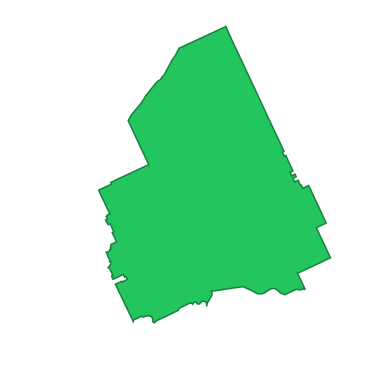 the district of Serpentine-Jarrahdale, Western Australia, Australia, rotated 245°
{"feature_id": "25037944B73163589668910", "entity_name": "Serpentine-Jarrahdale", "entity_type": "district", "adm_level": 2, "iso_a3": "AUS", "parent_name": "Australia", "parent_adm1": "Western Australia", "projection": "orthographic", "projection_center": [115.997, -32.325], "detail": "fine", "context": "isolated", "style": "filled", "palette": "green", "viewbox_px": 384, "rotation_deg": 245, "n_neighbors": 0, "source": "geoboundaries", "source_scale": "gbopen_adm2", "svg_char_len": 4805}
<svg xmlns="http://www.w3.org/2000/svg" viewBox="0 0 384 384"><g transform="rotate(245 192 192)"><path d="M99.4,84.0L100.7,85.3L100.7,86.9L100.7,87.5L100.7,88.1L100.8,92.2L100.8,93.6L99.4,94.4L99.4,94.5L98.8,98.0L98.8,98.4L98.8,98.5L98.5,99.6L98.5,99.8L98.5,100.0L98.5,100.4L98.4,100.5L98.1,100.6L97.9,100.7L97.7,100.8L97.1,101.7L95.8,102.6L95.7,102.6L94.6,102.7L93.7,102.7L92.8,102.4L91.1,101.8L90.4,101.8L90.2,101.8L89.9,101.9L89.8,102.0L89.4,102.4L89.7,103.5L90.3,105.4L90.3,105.5L90.3,106.2L90.3,110.3L90.3,111.0L90.3,112.4L90.3,113.0L90.3,115.7L90.3,115.9L90.4,119.0L90.4,119.7L90.4,120.4L90.4,120.7L90.4,121.1L90.4,121.8L90.4,122.5L90.4,123.8L90.5,123.8L90.5,126.1L90.5,129.3L90.5,129.5L90.7,129.8L91.8,131.0L92.0,131.3L92.1,132.2L92.1,132.3L92.1,132.5L92.1,136.6L92.2,140.3L92.2,142.8L92.1,143.1L91.3,144.8L90.0,145.1L90.5,146.0L91.2,147.5L91.3,147.6L91.4,147.8L91.3,148.0L91.2,148.3L90.8,148.9L90.7,149.0L90.4,149.1L88.7,149.4L88.4,149.5L88.2,149.6L87.4,151.0L87.4,151.3L87.4,151.5L87.5,151.7L88.8,155.1L88.8,155.3L87.6,156.8L86.1,158.6L85.9,158.4L85.0,158.2L84.3,157.8L82.8,157.2L82.8,157.4L83.6,157.8L84.4,158.5L85.6,160.1L89.1,165.1L89.8,166.0L90.2,166.3L90.3,166.5L90.6,166.8L91.6,167.2L93.3,167.7L93.8,167.6L93.8,167.8L90.1,180.1L87.5,188.9L85.0,197.2L84.7,197.9L84.7,198.1L84.4,198.4L83.9,198.8L77.4,204.5L75.5,205.8L72.0,208.4L70.4,211.7L70.1,213.0L69.9,214.2L70.0,215.2L70.9,221.3L70.2,225.1L69.6,225.9L68.7,226.7L66.8,228.2L64.7,228.6L63.3,229.3L62.0,230.5L60.3,232.0L59.7,232.8L59.7,238.7L59.7,245.3L58.6,247.0L57.4,248.8L57.3,251.9L57.2,251.9L56.2,252.7L56.3,253.4L69.3,253.4L69.5,253.3L69.9,253.3L73.7,253.2L73.7,254.6L73.7,268.1L73.7,271.4L73.7,271.8L73.7,281.4L73.7,281.9L73.8,284.0L73.8,289.7L85.6,289.7L98.8,289.6L107.1,289.6L107.1,300.5L120.6,300.5L134.1,300.5L134.3,300.5L139.7,300.5L141.7,300.5L145.8,300.5L148.6,300.5L148.5,294.0L150.2,294.0L152.0,294.0L152.1,293.1L157.8,293.1L157.8,289.3L161.8,289.3L161.8,292.9L164.6,293.0L164.6,289.2L168.3,289.2L168.3,292.4L176.8,292.4L178.5,292.4L180.2,292.4L180.4,292.4L185.4,292.5L185.4,290.7L189.8,290.7L189.8,292.5L204.8,292.6L217.4,292.5L233.5,292.5L258.6,292.5L259.8,292.5L312.4,292.4L327.7,292.6L327.7,285.0L327.8,241.1L327.5,240.7L327.3,240.5L327.1,240.3L326.9,240.1L326.6,239.8L326.5,239.6L324.7,237.0L324.5,236.8L323.2,235.3L323.0,235.0L322.8,234.8L322.7,234.5L322.5,234.3L322.4,234.2L322.3,233.9L321.6,232.4L321.5,232.2L321.4,231.9L321.3,231.7L321.0,231.3L319.4,228.9L318.4,227.6L316.6,225.2L314.7,222.6L313.4,220.9L312.5,219.6L311.8,218.7L311.5,218.4L310.2,216.6L310.1,216.3L309.9,216.1L309.7,215.8L309.3,214.7L308.5,212.9L307.6,211.6L307.4,211.3L307.3,211.0L307.2,210.9L307.2,210.7L307.0,208.9L306.5,206.9L306.5,206.6L306.4,206.4L306.3,206.1L306.2,205.8L306.1,205.6L304.8,202.9L304.2,201.8L303.2,199.7L300.3,193.9L299.0,191.2L298.3,189.9L297.2,188.5L296.0,186.7L295.8,186.5L295.6,186.2L295.4,185.8L294.8,184.6L294.7,184.5L293.9,183.0L293.7,182.5L293.6,182.4L293.5,182.2L293.3,181.8L293.2,181.6L293.1,181.3L292.9,181.0L292.6,180.4L292.3,179.8L292.0,179.2L290.9,176.9L290.3,175.6L289.1,173.1L288.4,171.6L287.9,170.6L287.8,170.4L287.7,170.1L287.6,169.9L287.5,169.7L287.4,169.5L287.3,169.3L287.1,169.2L284.9,166.0L284.3,165.3L283.7,164.5L283.6,164.3L243.7,164.3L235.2,164.4L235.1,162.6L235.1,131.9L235.0,122.4L233.1,122.4L233.2,108.2L227.8,108.2L220.8,108.2L219.7,108.2L212.1,108.2L206.9,108.2L206.4,108.2L206.4,107.7L206.9,107.0L206.8,106.0L206.8,105.2L206.2,104.9L206.2,104.3L206.0,103.9L203.1,103.9L203.1,101.8L200.9,101.8L200.9,102.3L197.8,102.3L197.8,104.4L195.8,104.4L189.0,104.4L189.0,102.6L184.5,102.6L178.7,102.6L178.7,98.2L178.7,96.2L178.4,96.2L178.1,96.3L177.8,96.3L177.7,96.3L177.6,96.1L177.4,95.9L177.2,95.4L177.1,95.2L176.9,95.2L176.5,94.9L176.3,94.8L175.9,94.7L175.7,94.7L175.5,94.8L175.3,94.9L175.1,94.8L175.0,94.7L174.8,94.4L174.7,94.2L174.7,93.0L173.7,93.0L173.4,91.7L173.3,91.4L173.3,91.2L173.3,90.9L173.3,90.6L173.4,90.3L173.4,90.2L173.5,89.7L173.7,88.7L170.9,88.7L170.4,88.7L170.1,88.7L169.8,88.7L169.6,88.6L169.4,88.6L169.2,88.5L169.0,88.4L168.9,88.6L168.7,88.7L167.3,88.7L165.3,88.7L165.0,88.7L164.9,88.7L164.7,88.8L164.5,88.7L164.3,88.6L164.2,88.4L164.0,88.2L163.9,87.9L163.7,87.7L163.1,88.3L162.8,88.9L160.9,88.2L160.5,87.3L159.0,84.2L158.9,84.0L157.8,84.9L157.7,84.9L157.6,85.0L157.4,85.0L156.9,85.0L156.0,85.0L154.9,85.0L154.2,85.0L153.8,85.0L151.3,85.0L150.0,85.0L150.0,84.4L150.0,83.8L150.0,83.7L149.9,83.6L146.2,83.5L146.2,86.7L146.2,88.6L146.3,91.9L146.3,92.4L146.3,94.9L146.2,94.9L143.3,94.9L143.3,96.4L140.1,96.4L140.1,94.9L140.1,93.4L140.1,90.4L140.8,90.4L140.8,85.2L140.8,83.6L139.7,83.6L136.0,83.6L129.6,83.7L126.7,83.7L120.6,83.8L115.7,83.8L115.4,83.9L114.7,84.2L114.6,83.8L114.4,83.8L114.2,83.9L106.1,84.0L103.1,84.0L99.4,84.0Z" fill="#22c55e" stroke="#15803d" stroke-width="1.5"/></g></svg>